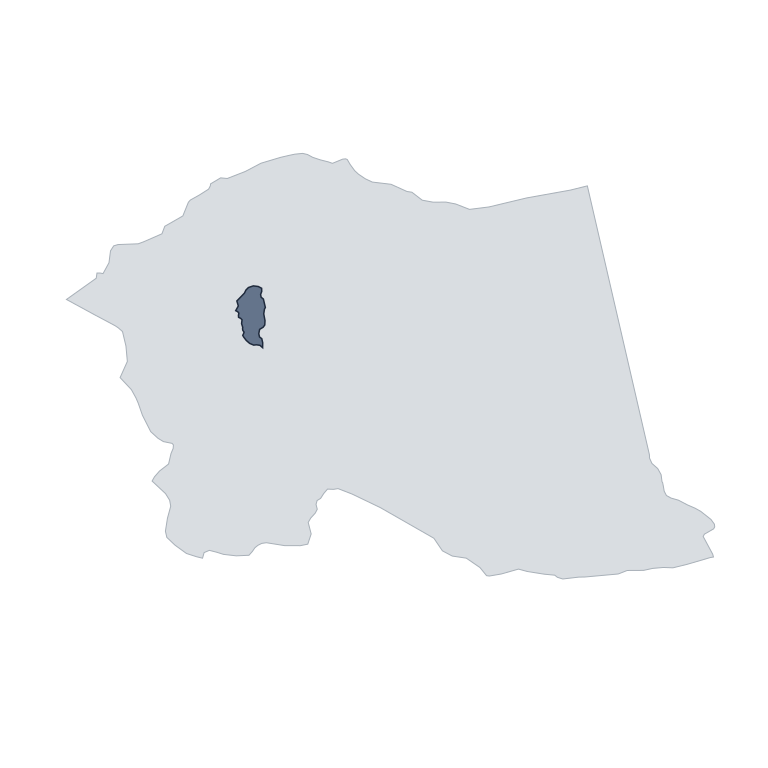 Uganda, with Otuke highlighted, rotated 257°
{"feature_id": "UGA-5607", "entity_name": "Otuke", "entity_type": "District", "adm_level": 1, "iso_a3": "UGA", "parent_name": "Uganda", "parent_adm1": "", "projection": "robinson", "projection_center": [33.299, 2.481], "detail": "fine", "context": "in_parent", "style": "filled", "palette": "slate", "viewbox_px": 768, "rotation_deg": 257, "n_neighbors": 0, "source": "natural_earth", "source_scale": "10m", "svg_char_len": 2920}
<svg xmlns="http://www.w3.org/2000/svg" viewBox="0 0 768 768"><g transform="rotate(257 384 384)"><path d="M531.3,626.7L521.4,626.7L505.4,626.7L489.4,626.7L473.3,626.7L457.3,626.7L441.3,626.7L425.3,626.7L409.2,626.7L393.2,626.7L377.2,626.7L361.1,626.7L345.1,626.7L329.1,626.7L313.1,626.7L297.0,626.7L281.0,626.7L265.0,626.7L255.5,626.7L253.6,626.4L252.3,626.0L246.3,627.2L240.0,631.7L233.3,633.6L226.2,632.9L225.3,633.3L221.7,633.2L216.5,632.9L211.8,634.1L208.3,638.0L204.6,644.7L198.0,652.4L192.9,659.3L188.5,664.1L178.5,672.1L173.1,674.4L170.4,674.1L168.7,672.6L165.6,662.4L163.6,660.7L144.2,666.0L141.3,666.1L141.5,662.9L140.1,638.9L139.9,624.2L142.4,614.9L143.9,604.3L144.0,595.0L147.6,579.0L146.2,569.5L150.8,536.0L152.0,530.5L153.8,514.3L156.7,509.4L159.3,507.4L162.6,497.5L169.0,481.6L173.4,473.4L172.5,455.6L173.2,443.4L174.2,440.8L183.6,436.2L195.8,425.0L201.0,411.8L208.3,403.4L222.5,397.9L264.4,352.6L283.9,328.2L292.4,315.7L292.7,311.2L294.3,305.3L290.9,300.7L286.8,296.5L285.5,292.6L282.0,290.7L277.0,290.8L273.7,288.0L269.9,282.5L266.2,279.0L254.3,279.3L245.1,273.7L245.3,266.1L248.8,251.0L255.8,233.7L256.2,229.0L255.2,224.9L253.5,221.4L250.4,218.0L247.5,213.9L249.8,201.4L254.1,189.3L257.7,183.2L261.2,176.4L260.2,170.8L255.1,168.0L257.8,162.6L263.3,153.4L274.0,144.1L283.4,137.9L289.7,137.9L301.9,142.8L312.9,148.7L319.0,149.0L326.3,146.5L341.6,136.2L345.2,139.5L349.7,145.7L354.5,156.1L364.1,160.8L368.7,164.1L372.0,165.1L373.8,164.2L377.5,156.1L381.9,151.6L390.0,146.0L407.9,141.6L420.7,140.2L426.2,139.2L435.3,136.6L449.6,128.3L463.7,139.0L479.1,141.1L493.9,141.0L498.4,137.8L501.1,135.3L516.6,117.5L537.8,93.6L551.8,127.4L556.7,129.3L556.0,132.3L554.8,135.1L564.0,143.3L575.3,147.5L579.4,151.7L579.7,156.2L575.9,176.0L576.6,181.6L580.3,201.4L587.0,205.9L593.0,225.8L605.1,234.3L606.8,236.7L609.6,246.4L613.3,256.9L616.2,259.4L618.0,260.0L621.6,271.2L619.5,277.5L622.3,296.7L626.8,313.8L628.1,334.3L628.1,343.3L628.0,348.8L627.0,356.6L624.8,361.1L620.9,365.5L616.7,372.4L612.9,379.8L610.6,383.4L612.4,394.4L612.0,397.3L611.0,398.7L605.5,400.4L598.5,403.4L594.2,406.3L588.2,411.9L583.4,418.0L577.0,435.8L566.4,449.7L564.6,454.3L554.5,462.6L550.1,472.8L547.3,485.3L543.3,494.3L534.9,506.6L532.9,526.1L533.2,565.0L531.0,609.3L531.3,626.7Z" fill="#d9dde1" stroke="#a8b0b8" stroke-width="1"/><path d="M451.2,265.8L453.8,262.2L457.4,259.6L461.4,257.8L463.2,257.3L464.5,258.4L466.0,259.3L468.1,258.5L469.6,258.6L471.0,259.1L474.8,258.8L478.5,260.1L480.2,259.1L481.7,257.3L483.6,257.6L485.7,258.5L487.4,257.7L488.8,256.0L492.8,259.6L498.0,259.3L503.9,268.4L506.6,270.6L508.5,273.6L509.0,278.7L507.3,283.4L504.8,286.3L501.7,285.7L499.0,283.9L496.2,283.8L493.9,285.6L485.2,285.6L483.9,284.4L479.4,282.6L472.5,282.3L468.3,281.1L466.5,279.0L465.2,275.1L461.2,273.3L457.8,273.3L455.7,275.1L451.5,275.1L446.7,273.9L449.6,271.8L450.9,268.5L451.2,265.8Z" fill="#64748b" stroke="#1e293b" stroke-width="1.5"/></g></svg>